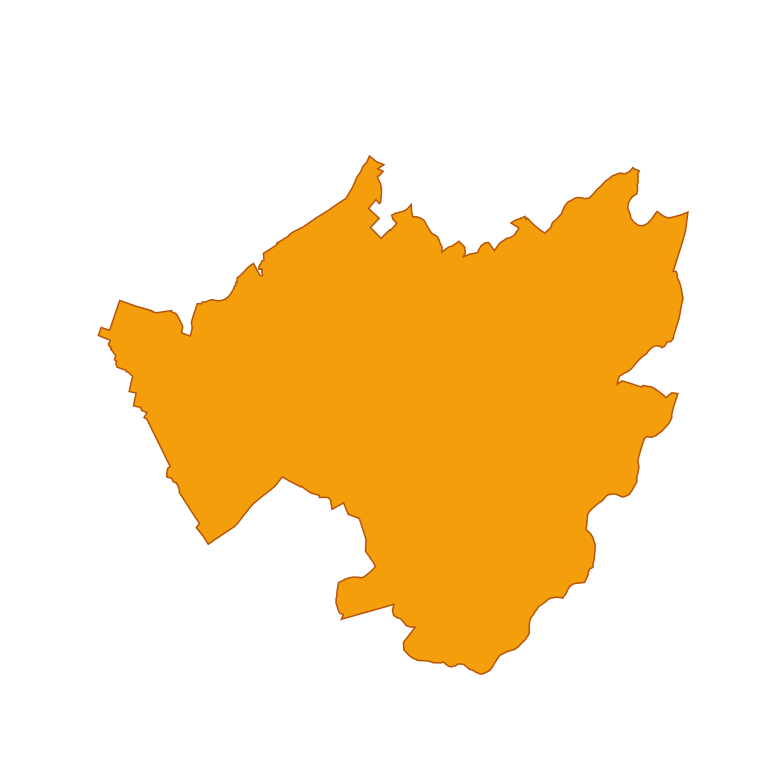 the district of Colipa, Veracruz, Mexico, rotated 12°
{"feature_id": "50627088B43459310731784", "entity_name": "Colipa", "entity_type": "district", "adm_level": 2, "iso_a3": "MEX", "parent_name": "Mexico", "parent_adm1": "Veracruz", "projection": "robinson", "projection_center": [-96.707, 19.935], "detail": "fine", "context": "isolated", "style": "filled", "palette": "amber", "viewbox_px": 768, "rotation_deg": 12, "n_neighbors": 0, "source": "geoboundaries", "source_scale": "gbopen_adm2", "svg_char_len": 6156}
<svg xmlns="http://www.w3.org/2000/svg" viewBox="0 0 768 768"><g transform="rotate(12 384 384)"><path d="M626.5,519.9L625.8,516.0L626.1,512.0L624.3,497.9L620.7,491.5L619.4,489.7L616.9,487.3L612.1,484.4L611.5,483.0L611.8,480.4L610.8,474.5L610.4,469.2L611.4,465.9L613.5,462.7L618.6,455.9L620.7,454.0L622.3,452.1L624.4,447.8L626.6,445.6L632.0,443.6L635.1,443.8L640.4,445.0L641.5,444.7L644.0,443.3L646.9,441.0L649.4,434.8L650.3,431.2L651.6,427.9L651.2,424.7L650.6,422.1L650.8,418.4L650.7,413.4L650.4,411.6L648.4,406.9L648.3,402.5L649.0,392.8L650.1,383.1L652.3,380.6L656.7,380.7L659.0,379.0L660.7,377.9L665.8,372.0L670.4,364.2L671.6,361.2L672.5,356.4L671.9,355.2L671.8,348.0L673.5,332.3L667.4,332.7L666.3,334.4L665.1,335.3L663.0,338.6L652.7,333.4L649.6,332.2L645.5,331.2L641.5,331.5L637.6,331.5L636.8,333.3L632.7,333.1L626.3,332.3L616.1,331.4L612.1,335.7L612.1,332.2L612.5,327.6L614.7,325.6L616.7,323.4L619.7,321.4L622.3,318.5L624.0,315.6L626.0,311.5L628.1,307.8L631.4,303.0L634.4,300.0L636.0,296.1L638.7,292.4L642.0,289.9L646.5,289.9L648.5,290.7L650.7,288.5L652.4,283.9L655.8,282.9L657.5,279.4L657.3,276.8L659.0,258.0L658.6,245.9L658.7,238.0L657.2,234.8L655.4,229.8L652.3,223.7L648.4,218.3L647.9,215.2L646.1,213.1L643.5,213.8L646.6,180.6L647.0,174.2L647.0,169.7L645.5,152.7L640.5,156.2L632.2,160.5L627.9,162.4L624.4,162.2L620.9,161.1L615.4,158.4L614.4,160.1L611.5,166.8L608.6,172.0L604.6,175.2L600.5,176.0L594.9,173.9L591.0,170.5L589.4,166.5L589.0,166.3L585.8,160.9L585.4,157.5L585.9,154.2L587.5,150.0L589.9,147.3L591.7,145.5L591.8,142.7L591.2,139.0L590.2,136.7L590.6,133.6L589.6,130.6L589.7,128.5L588.5,125.8L589.4,122.4L584.7,121.7L582.3,120.5L581.4,123.1L579.5,125.5L577.3,127.6L575.1,128.4L570.5,128.7L567.1,131.0L564.1,132.9L561.2,136.7L559.6,138.0L557.6,140.9L555.0,145.2L551.6,150.0L548.9,155.1L546.0,159.4L541.7,161.0L538.0,160.7L533.7,161.6L531.2,163.3L528.9,165.6L526.5,167.3L525.1,169.4L523.9,172.2L523.4,173.7L523.2,175.3L522.5,177.6L522.3,180.6L520.8,182.9L518.7,186.7L515.1,191.4L514.5,196.6L509.9,202.9L505.7,201.3L501.3,199.2L495.1,195.7L489.9,192.0L489.3,192.2L488.9,193.5L488.1,192.5L487.3,190.7L477.9,197.0L474.6,200.1L483.5,203.4L482.4,207.2L481.5,207.9L481.1,210.3L479.8,212.1L475.9,215.3L473.8,215.9L473.6,216.3L468.0,221.9L464.3,230.5L456.8,223.8L453.5,225.0L450.3,228.4L449.1,232.1L448.2,235.8L445.4,237.3L440.9,239.0L435.3,243.0L436.2,238.7L434.4,233.2L427.7,228.8L421.9,235.0L418.5,236.8L415.4,240.3L413.4,243.1L412.1,237.6L409.7,234.8L407.7,231.3L405.5,228.7L401.9,227.3L400.2,227.3L396.1,223.6L392.3,219.3L390.0,216.3L387.1,214.6L382.6,213.7L379.5,213.8L377.7,214.7L375.4,210.4L373.3,202.8L370.3,208.1L367.4,210.8L359.3,214.9L356.5,217.3L358.2,220.7L363.1,224.4L358.3,232.4L357.6,231.9L350.9,242.1L338.2,233.7L344.9,223.0L332.7,215.7L333.0,215.3L332.7,215.1L337.8,205.3L341.9,208.5L342.9,207.3L341.9,198.5L340.9,193.5L338.8,188.5L337.6,187.3L334.4,182.8L336.5,180.6L338.9,176.0L333.2,174.8L338.3,169.5L330.9,168.3L322.3,164.0L321.6,167.9L320.9,170.9L318.0,175.6L317.3,179.9L316.7,182.2L315.5,184.6L314.1,188.8L313.2,194.0L312.3,198.2L308.2,210.3L299.5,219.2L295.3,223.7L294.7,224.5L283.6,235.2L272.0,247.4L264.7,253.2L261.9,255.7L260.2,258.0L259.3,259.7L249.9,268.5L250.7,269.1L248.4,271.9L246.0,274.4L238.9,281.2L240.8,287.6L238.8,289.4L238.8,291.0L238.4,291.8L237.4,294.4L237.7,297.8L240.7,296.8L241.1,299.9L242.4,302.1L242.5,303.4L240.1,303.6L231.2,293.2L226.8,298.1L222.4,305.5L220.0,308.8L218.5,310.4L218.4,311.3L218.9,313.6L218.9,314.4L218.6,314.1L218.0,315.9L218.3,317.5L217.1,320.5L217.6,321.3L217.1,322.2L215.4,327.4L213.3,331.5L210.5,334.4L206.7,336.5L203.4,337.2L198.1,337.3L195.5,338.6L192.3,340.9L189.1,341.7L188.7,343.5L184.7,344.2L184.0,351.4L183.1,358.5L182.8,363.8L184.8,369.3L184.5,377.5L175.3,376.0L175.4,370.6L174.1,367.9L167.4,359.7L165.6,358.3L160.9,357.5L160.9,356.4L146.3,361.7L141.6,361.3L141.7,360.6L125.1,359.5L108.1,357.2L104.4,388.5L95.6,387.5L94.5,395.9L106.9,398.1L107.1,399.1L107.0,400.4L106.1,401.8L107.0,403.8L110.0,405.4L109.4,406.8L111.2,408.0L112.7,409.5L113.9,410.4L114.9,411.4L115.9,413.2L115.4,414.9L115.4,416.4L117.7,417.4L117.5,419.9L118.7,421.7L119.4,423.0L128.3,424.2L129.6,425.6L131.0,425.5L136.4,428.7L136.7,429.5L136.5,430.7L136.3,437.3L136.3,444.3L143.4,444.4L143.5,457.5L150.4,457.4L150.5,457.6L152.6,460.3L158.2,461.4L156.2,466.8L159.3,467.6L192.0,509.2L190.1,511.2L189.9,514.9L190.8,520.1L195.8,520.5L198.5,523.6L201.1,523.9L203.7,526.4L205.7,529.9L206.3,532.7L226.1,552.6L232.5,558.7L230.2,563.5L237.1,569.0L239.4,571.0L245.4,577.3L250.2,572.1L267.4,554.5L269.7,550.9L274.7,540.4L276.6,536.8L278.9,531.9L281.4,527.8L290.1,516.9L292.9,513.8L297.7,507.9L299.6,504.9L301.0,501.7L303.9,496.0L313.0,499.0L322.2,501.4L323.8,502.0L324.3,501.1L331.7,504.5L335.8,505.9L343.9,506.4L344.2,508.4L351.4,506.8L354.0,507.1L356.0,509.1L359.2,517.4L369.2,508.7L376.1,518.9L387.8,520.7L397.5,537.5L399.1,541.1L400.6,551.3L410.8,560.9L413.5,564.6L411.6,567.8L408.9,571.6L406.0,575.2L402.9,578.1L398.9,578.4L394.1,579.3L390.7,580.6L387.2,582.6L383.6,585.6L380.8,587.7L381.2,597.3L381.8,599.7L381.8,603.8L382.6,608.2L386.2,614.5L387.6,616.4L388.9,617.7L391.8,617.7L392.1,619.0L391.2,623.0L439.5,597.5L439.3,603.5L441.5,608.3L445.3,609.8L448.8,610.1L451.4,611.9L456.1,615.8L460.7,616.2L465.0,615.4L456.8,632.7L458.6,639.7L461.7,642.1L466.2,645.0L470.7,646.5L474.8,647.3L482.7,646.0L485.7,645.8L490.3,646.4L494.6,645.5L497.6,645.0L499.8,643.6L503.4,645.6L506.3,646.7L508.8,646.6L512.9,644.5L515.0,642.3L517.4,641.9L520.3,641.7L526.0,644.8L528.1,645.5L529.7,645.4L533.5,646.7L536.9,647.5L539.9,647.5L543.6,645.1L546.9,642.2L548.9,638.4L550.3,633.6L551.8,629.9L552.9,626.9L554.1,624.9L560.6,619.9L566.7,616.6L570.6,612.4L571.7,610.2L573.3,607.6L574.8,605.8L576.1,602.8L577.9,598.0L577.4,595.0L576.4,591.0L575.8,585.2L576.5,581.5L578.2,578.1L579.4,574.7L580.8,571.9L581.6,569.2L583.5,567.7L584.4,566.4L586.7,564.2L589.7,560.1L592.6,558.5L595.4,557.1L599.7,556.4L603.6,556.1L603.5,555.3L605.7,551.2L606.6,546.6L607.9,543.5L610.5,540.2L614.2,538.7L617.0,538.0L618.1,537.5L621.5,536.4L622.5,532.3L623.3,528.3L623.0,525.6L623.8,522.0L626.5,519.9Z" fill="#f59e0b" stroke="#b45309" stroke-width="1.5"/></g></svg>